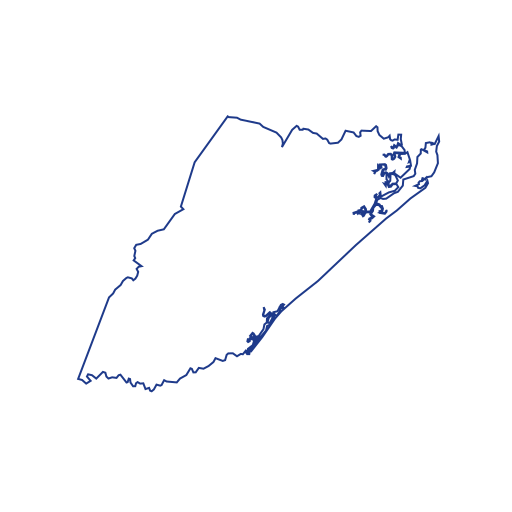 Alanje, Chiriquí, Panama, rotated 302°
{"feature_id": "35544464B2044400904902", "entity_name": "Alanje", "entity_type": "district", "adm_level": 2, "iso_a3": "PAN", "parent_name": "Panama", "parent_adm1": "Chiriquí", "projection": "albers", "projection_center": [-82.58, 8.37], "detail": "fine", "context": "isolated", "style": "outline", "palette": "blue", "viewbox_px": 512, "rotation_deg": 302, "n_neighbors": 0, "source": "geoboundaries", "source_scale": "gbopen_adm2", "svg_char_len": 6135}
<svg xmlns="http://www.w3.org/2000/svg" viewBox="0 0 512 512"><g transform="rotate(302 256 256)"><path d="M165.7,296.9L170.5,297.5L170.4,299.9L173.0,298.4L178.7,300.5L183.0,299.3L186.0,299.6L185.2,297.4L183.4,297.5L182.8,294.7L180.5,295.8L179.0,295.0L179.1,293.9L181.9,292.9L179.5,294.7L180.5,295.1L182.9,294.3L184.2,297.2L185.1,293.3L189.0,293.8L189.0,295.1L187.3,298.5L189.5,300.7L197.9,301.1L202.4,299.4L205.3,300.4L208.9,298.4L213.9,299.3L215.3,297.7L210.2,296.3L209.1,295.3L209.0,293.8L210.0,292.9L214.2,291.9L216.7,289.6L215.2,291.9L209.9,293.3L209.4,294.2L210.5,296.0L215.6,297.4L215.5,299.2L213.6,300.3L210.4,299.6L206.3,300.8L205.8,301.8L206.8,303.1L211.3,302.9L217.5,300.5L220.5,303.5L227.7,303.0L229.5,304.1L229.6,305.5L226.9,305.1L226.9,306.4L225.5,305.6L226.2,304.2L225.4,303.6L225.3,304.8L224.8,304.3L221.5,305.7L216.8,305.2L216.1,304.1L216.7,302.2L212.0,304.6L205.2,304.2L202.5,302.5L198.2,304.0L189.1,302.7L184.5,303.1L179.2,301.0L175.8,301.0L171.8,302.3L190.5,304.3L213.1,305.3L222.5,306.8L240.9,312.2L267.7,321.8L318.1,334.9L356.8,346.5L369.2,351.3L386.7,356.5L403.6,363.5L408.9,363.3L410.6,361.5L405.2,361.5L400.5,359.5L399.7,357.4L400.7,356.1L399.8,353.8L403.3,356.1L404.4,355.0L406.2,355.3L407.3,356.8L411.0,355.7L408.9,357.6L411.8,358.5L409.8,359.2L413.4,359.2L416.6,362.5L421.3,362.8L431.1,361.1L437.7,356.4L440.0,353.5L445.1,351.1L450.1,350.7L454.5,347.3L445.7,348.2L445.4,346.2L444.7,347.0L443.4,345.8L444.6,345.0L444.5,343.1L441.8,340.2L437.6,342.3L434.7,342.1L435.4,345.7L434.6,346.3L434.3,339.8L433.6,339.4L430.2,341.4L425.5,340.4L419.9,343.5L413.2,345.0L410.2,347.5L407.3,347.4L398.9,340.4L393.5,343.2L385.6,342.3L382.4,339.8L373.6,336.0L371.7,333.5L371.2,330.9L368.0,329.1L364.5,329.8L365.2,333.3L364.4,335.3L365.1,336.4L363.4,338.6L361.0,339.3L358.6,338.0L360.6,342.5L363.1,342.8L364.1,342.0L363.5,342.9L362.4,343.2L360.1,342.9L358.1,338.1L359.5,337.0L361.0,338.6L363.0,337.6L364.3,333.1L362.8,330.7L359.0,330.0L356.2,331.3L352.3,331.2L352.2,335.2L349.3,334.4L348.1,333.2L346.6,334.4L344.2,333.9L346.7,333.9L347.6,332.9L346.2,332.5L347.9,332.3L350.6,334.2L352.0,330.7L355.9,330.6L353.4,329.5L351.5,326.3L349.3,326.0L350.1,323.3L347.8,324.0L347.3,326.1L346.4,325.7L347.5,323.6L350.0,322.4L350.8,323.1L350.0,325.2L350.5,325.7L353.5,323.8L354.8,321.5L352.3,320.5L350.5,321.2L349.3,320.0L348.1,321.2L346.8,321.2L346.3,320.4L347.2,319.1L346.0,319.4L346.4,318.4L344.3,316.7L342.9,317.0L344.3,315.8L347.9,318.8L347.6,320.8L349.3,319.1L350.8,320.7L352.7,319.8L355.5,321.3L354.1,324.3L352.0,325.8L354.2,329.2L363.3,328.9L368.4,327.6L368.8,325.3L370.2,324.6L372.9,325.8L369.4,325.6L370.4,328.3L373.6,328.7L374.6,327.4L375.9,327.7L373.8,329.4L371.9,329.0L373.6,331.1L380.4,335.0L384.8,339.1L389.8,340.2L391.4,337.0L389.3,333.9L386.3,333.7L384.9,332.1L387.3,328.5L386.9,327.5L384.2,328.9L385.2,326.6L385.5,327.9L387.3,326.7L388.0,327.8L387.6,330.2L385.7,331.5L386.0,332.5L389.7,333.5L391.7,336.4L395.2,336.3L398.3,331.4L398.3,329.8L397.5,327.3L396.4,326.9L390.9,330.0L389.0,329.7L390.1,326.1L395.5,322.7L394.2,321.1L391.2,321.4L390.6,320.2L391.6,319.0L396.5,317.6L399.0,319.8L401.8,317.1L399.4,313.1L397.8,315.4L396.5,315.1L396.4,314.1L397.1,312.1L394.2,314.3L392.3,313.5L391.1,311.7L390.8,312.7L388.1,312.8L390.5,312.2L390.4,310.5L393.8,313.8L397.7,311.4L397.9,313.1L396.6,314.7L397.8,314.9L399.3,312.6L402.2,316.7L402.1,318.0L399.7,320.2L398.0,320.4L396.6,318.1L391.0,320.4L394.9,320.8L395.9,321.9L395.9,323.7L394.0,326.3L397.1,325.7L398.8,327.9L401.0,328.6L399.5,329.3L399.0,337.1L411.2,340.2L413.6,339.4L411.4,336.7L412.0,336.6L414.7,339.6L418.1,336.6L416.8,335.9L419.4,335.3L424.3,329.4L421.6,328.2L419.1,324.5L415.8,324.6L416.1,326.6L415.3,327.2L415.4,324.4L419.1,323.5L416.7,318.9L414.0,321.6L411.7,321.7L410.2,320.9L410.0,319.9L413.0,317.8L413.6,316.4L412.2,314.4L410.3,314.3L409.0,313.7L408.9,313.0L409.7,311.3L409.0,309.8L410.1,311.2L409.4,313.6L412.6,314.0L414.1,316.1L413.7,318.0L410.9,319.4L410.5,320.6L413.3,321.3L415.6,318.7L417.2,318.4L422.4,327.6L424.6,325.8L426.3,321.3L425.7,317.5L423.9,317.9L422.3,317.6L423.0,314.8L420.7,315.6L419.7,314.9L419.5,313.9L420.7,312.3L420.1,315.0L423.3,314.4L423.0,317.6L427.1,316.6L426.9,319.0L427.9,320.5L431.9,316.8L435.8,314.8L434.4,312.4L429.6,314.5L428.3,311.8L426.2,310.7L425.8,309.3L426.1,307.9L428.8,305.6L426.7,305.2L423.2,302.2L424.0,296.5L426.3,293.0L429.5,290.8L429.7,289.1L422.9,287.3L418.2,279.0L416.1,278.8L413.4,281.0L411.5,280.0L410.9,277.6L412.5,273.3L409.7,265.6L400.1,266.7L395.5,265.5L390.8,259.6L390.5,258.2L392.4,254.8L392.5,252.7L390.8,250.7L392.0,242.6L390.6,239.1L391.0,233.4L389.0,228.7L387.8,228.7L386.2,226.1L388.0,223.2L387.9,221.5L382.2,219.8L362.1,220.3L365.6,219.2L368.3,217.0L369.9,214.5L371.5,208.0L369.3,193.7L370.2,188.9L363.5,170.7L363.2,166.6L359.3,159.2L359.4,158.0L303.0,154.3L258.1,166.1L257.2,169.6L248.6,164.9L229.8,163.7L225.3,159.2L219.7,155.9L212.6,155.7L205.1,151.8L202.0,148.5L198.1,148.6L196.5,151.0L191.5,152.8L190.2,154.7L187.4,154.6L186.7,164.3L184.7,162.2L181.8,161.6L180.1,164.5L176.3,165.7L172.8,165.7L170.4,164.8L171.2,162.5L170.0,158.6L168.6,157.7L164.3,156.4L159.7,156.6L152.9,154.4L148.5,154.7L143.0,153.3L57.5,170.3L58.7,174.2L57.8,179.6L62.5,181.9L64.2,176.5L66.7,176.3L68.0,180.1L67.4,185.5L76.6,187.6L77.2,190.1L74.5,193.0L73.9,195.8L76.9,198.3L78.7,202.3L82.1,202.7L83.5,203.9L80.1,213.2L81.0,214.0L84.6,213.1L84.9,214.4L82.2,216.6L80.4,220.8L81.6,222.6L84.5,221.7L86.3,222.4L86.4,225.4L88.3,227.9L84.6,232.8L87.5,235.2L85.7,237.6L86.0,239.2L88.7,240.1L94.2,239.8L95.3,243.5L96.5,244.3L102.0,243.9L102.2,246.7L106.8,255.8L111.8,256.5L118.1,260.0L126.0,259.9L126.3,261.4L124.1,264.6L125.4,266.5L130.8,266.8L132.6,271.2L137.6,274.1L143.6,276.1L147.9,275.8L149.4,283.4L151.3,285.0L156.6,283.5L158.7,284.1L161.2,287.9L160.9,293.0L164.9,295.0L165.7,296.9ZM170.1,300.4L169.2,299.8L169.2,297.8L168.1,300.5L169.2,302.3L174.6,300.1L172.6,299.1L170.1,300.4ZM188.5,294.2L185.2,294.1L185.3,297.1L187.1,296.9L188.6,295.3L188.5,294.2ZM190.3,302.4L186.8,300.8L183.2,301.9L184.2,302.5L190.3,302.4ZM186.6,300.5L183.8,300.3L182.0,300.8L182.8,301.1L186.6,300.5Z" fill="none" stroke="#1e3a8a" stroke-width="2"/></g></svg>